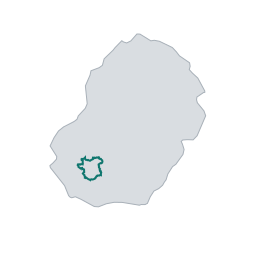 Radovish, Radoviš, North Macedonia (highlighted), rotated 138°
{"feature_id": "65306769B69057078753294", "entity_name": "Radovish", "entity_type": "district", "adm_level": 2, "iso_a3": "MKD", "parent_name": "North Macedonia", "parent_adm1": "Radoviš", "projection": "equal_earth", "projection_center": [22.502, 41.651], "detail": "fine", "context": "in_parent", "style": "outline", "palette": "teal", "viewbox_px": 256, "rotation_deg": 138, "n_neighbors": 0, "source": "geoboundaries", "source_scale": "gbopen_adm2", "svg_char_len": 2492}
<svg xmlns="http://www.w3.org/2000/svg" viewBox="0 0 256 256"><g transform="rotate(138 128 128)"><path d="M116.8,69.0L120.7,69.5L129.1,67.2L134.4,64.0L137.1,63.5L140.6,62.3L145.7,62.4L150.9,63.8L157.5,62.0L164.0,59.0L166.6,59.7L169.4,62.3L171.2,63.0L182.0,76.5L187.9,82.0L194.8,86.2L202.7,89.2L205.6,92.2L210.7,106.6L213.1,112.1L216.5,113.8L217.3,115.3L217.4,117.4L213.7,127.6L212.2,150.5L211.2,152.3L207.3,152.2L202.0,152.7L200.0,154.5L197.9,166.8L189.4,170.3L181.6,172.3L175.1,171.9L163.7,168.9L160.0,168.6L156.8,170.3L146.6,171.2L142.1,173.3L131.5,187.8L120.8,192.7L117.2,195.3L109.0,192.1L105.1,191.7L99.4,195.4L87.1,195.8L83.7,196.4L74.2,197.0L73.8,195.0L72.1,192.1L67.6,190.8L58.5,191.9L56.3,189.8L52.7,177.5L49.8,175.6L46.6,171.4L41.2,158.1L41.1,152.3L41.5,147.2L38.6,135.3L40.5,132.3L43.4,130.4L43.4,125.7L42.7,118.4L46.2,104.1L47.1,103.1L48.0,103.8L56.1,104.9L58.2,103.1L59.6,100.3L60.1,89.9L62.1,85.1L81.8,76.0L87.5,75.6L91.9,79.8L95.4,82.5L97.5,82.4L98.3,79.7L100.7,74.5L104.8,71.6L116.7,69.0L116.8,69.0Z" fill="#d9dde1" stroke="#a8b0b8" stroke-width="1"/><path d="M191.7,116.4L191.1,115.5L190.9,114.4L189.9,114.6L189.3,114.2L188.7,113.3L186.6,112.5L185.9,112.8L185.4,112.6L185.0,112.9L184.6,112.9L184.0,113.2L183.5,113.0L183.3,113.1L183.0,112.9L182.7,113.1L182.5,112.9L182.1,112.9L181.2,111.9L180.8,111.9L180.1,111.6L179.7,111.0L178.7,112.2L177.7,112.8L177.3,113.8L177.8,113.8L177.6,114.9L176.8,116.2L176.2,116.3L176.0,118.1L175.6,118.7L175.1,118.8L174.9,119.0L174.9,118.8L174.7,120.0L174.2,120.6L171.9,120.3L171.6,119.7L170.4,119.5L169.3,120.3L169.2,120.8L168.8,121.2L169.0,122.5L168.8,123.2L169.1,123.6L169.6,123.8L170.0,124.9L169.2,125.6L169.3,125.9L170.8,126.7L171.0,127.1L171.9,127.3L172.5,128.1L172.7,127.8L173.2,128.1L173.2,128.6L173.9,129.4L175.0,128.3L176.6,128.9L178.0,129.0L178.5,129.5L179.0,131.0L179.8,131.3L179.9,131.8L180.7,132.7L180.4,134.0L179.7,134.8L181.4,134.7L182.8,135.5L182.9,135.9L183.3,136.0L183.6,135.7L183.9,135.2L183.4,134.6L183.5,133.9L184.6,133.0L185.1,132.0L186.0,131.3L186.3,131.9L186.7,132.1L187.0,132.5L187.8,132.6L188.1,132.9L188.0,133.2L189.4,134.4L189.6,134.5L190.3,134.0L190.4,132.8L190.9,132.0L190.4,130.5L190.5,130.2L190.4,129.6L190.3,129.4L189.5,129.4L188.8,129.0L189.3,128.2L189.1,128.2L188.4,126.6L190.1,124.5L190.8,124.7L191.0,124.5L192.0,124.4L192.1,123.0L191.9,122.1L192.4,121.6L192.4,120.6L192.8,120.5L193.4,119.9L193.1,119.4L192.9,119.4L192.8,119.0L192.2,119.0L191.7,116.4Z" fill="none" stroke="#0f766e" stroke-width="2"/></g></svg>